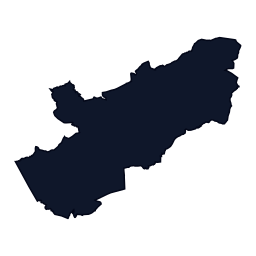 outline of Livezi, Bacau, Romania
{"feature_id": "2599482B64810477676491", "entity_name": "Livezi", "entity_type": "district", "adm_level": 2, "iso_a3": "ROU", "parent_name": "Romania", "parent_adm1": "Bacau", "projection": "equal_earth", "projection_center": [26.736, 46.405], "detail": "fine", "context": "isolated", "style": "filled", "palette": "ink", "viewbox_px": 256, "rotation_deg": 0, "n_neighbors": 0, "source": "geoboundaries", "source_scale": "gbopen_adm2", "svg_char_len": 5649}
<svg xmlns="http://www.w3.org/2000/svg" viewBox="0 0 256 256"><path d="M237.7,77.9L231.6,73.4L226.6,70.6L225.2,70.3L227.1,69.0L228.4,68.5L232.6,68.5L233.6,68.0L233.8,63.3L232.2,60.5L234.8,59.5L237.1,58.1L237.5,57.0L237.6,54.2L238.0,53.8L238.5,52.6L238.5,50.8L240.0,47.7L240.6,46.1L240.6,45.4L237.2,42.6L236.4,41.8L235.9,40.9L235.7,40.1L235.0,39.8L219.6,37.6L216.6,38.4L215.9,38.4L210.7,40.6L209.7,40.3L206.6,40.4L201.6,39.4L198.3,40.6L195.6,43.2L194.6,43.7L193.9,45.4L192.7,47.4L192.5,48.6L191.5,51.2L189.1,51.2L188.7,51.5L188.0,52.4L187.5,52.6L187.0,52.3L185.9,53.2L185.1,53.0L184.0,53.7L182.5,54.1L178.8,58.5L178.3,59.4L176.4,60.9L174.7,61.2L172.9,62.2L172.2,62.4L171.0,63.5L168.6,64.4L166.7,64.9L165.1,66.4L163.4,66.3L163.4,65.8L162.6,65.3L160.8,66.1L161.0,65.8L160.2,65.8L156.5,67.8L156.7,68.2L154.9,69.1L155.2,69.8L154.3,69.8L154.2,69.4L150.4,68.0L149.1,64.5L149.1,63.0L148.2,61.4L143.9,63.2L142.1,64.3L141.9,64.6L142.3,64.9L140.1,66.6L137.9,69.2L138.0,69.7L136.9,69.9L135.5,71.2L136.5,73.4L136.3,74.1L135.8,74.8L135.0,74.8L134.6,74.5L134.2,73.8L133.7,73.6L131.5,73.1L131.0,73.3L130.8,73.9L131.4,79.4L131.1,80.5L131.4,81.2L128.4,82.9L126.6,83.4L126.7,83.6L117.2,88.5L114.5,89.6L111.4,90.3L106.2,92.0L102.5,92.6L102.5,94.8L102.8,95.7L103.5,96.7L105.6,97.6L106.1,98.6L106.2,99.7L102.0,98.8L100.9,97.1L97.9,98.2L96.7,98.1L96.7,98.4L96.6,98.5L96.0,98.3L94.6,97.2L94.0,97.2L93.0,99.0L84.0,101.1L83.1,98.9L82.0,98.1L81.6,98.1L81.6,97.9L79.9,96.0L79.3,96.3L78.8,96.2L78.7,95.9L79.0,95.3L79.4,95.2L80.2,94.5L79.3,93.9L78.9,94.2L78.3,94.1L77.8,92.5L77.3,92.0L76.3,91.7L75.5,92.3L75.0,90.1L73.3,89.6L73.4,89.1L74.2,87.9L74.2,86.9L73.7,86.5L73.5,85.9L73.9,85.5L73.3,84.9L72.4,84.8L69.8,82.5L69.6,81.5L68.0,83.3L65.1,84.3L65.0,85.6L64.5,85.4L62.5,85.8L61.6,86.3L60.2,86.2L59.8,86.8L59.1,87.0L58.6,87.3L58.4,87.8L57.8,87.9L57.7,87.9L57.5,87.2L57.1,87.0L56.2,87.6L53.8,88.4L53.0,89.6L52.7,89.7L50.2,89.1L51.6,91.1L52.4,91.1L52.5,91.4L53.3,92.0L53.0,92.6L52.4,93.2L51.8,94.6L52.2,95.5L52.3,97.0L52.8,98.0L53.7,98.9L54.5,99.3L54.6,99.5L54.3,100.2L54.7,100.7L57.2,102.0L56.5,103.4L56.5,104.1L56.9,105.4L57.2,106.9L57.8,107.5L56.6,109.5L54.5,110.9L53.7,112.2L54.2,113.9L55.0,115.7L58.0,118.6L64.1,122.7L66.0,122.8L72.4,122.4L72.8,122.8L72.4,123.1L72.6,123.7L71.9,124.2L71.8,124.4L72.0,124.7L73.0,124.7L73.0,125.1L73.3,125.1L74.0,125.0L74.3,125.9L76.6,126.0L76.7,126.7L78.1,126.8L78.2,127.7L78.6,128.2L79.0,131.0L79.6,132.5L78.0,133.2L76.1,133.4L72.3,136.5L68.8,138.6L66.6,137.9L64.8,137.1L64.5,136.7L64.2,137.7L63.7,137.8L63.4,138.4L61.5,142.9L60.7,143.3L59.0,144.8L58.3,146.4L55.3,149.0L53.7,150.2L52.5,150.0L51.3,150.2L49.3,151.5L47.1,152.0L46.4,151.4L45.6,151.0L44.1,151.0L42.4,150.4L39.5,149.8L38.8,149.4L38.7,148.5L38.2,147.8L37.9,147.5L37.6,147.6L36.9,146.8L35.8,146.7L35.4,148.1L35.5,151.4L33.5,154.4L33.0,155.0L31.9,155.5L31.9,156.0L31.5,155.8L30.8,156.6L29.9,156.5L29.7,157.3L29.0,157.6L27.0,157.3L25.3,157.7L25.2,158.3L24.8,158.4L23.8,158.4L23.2,158.8L22.7,158.7L22.3,158.4L21.8,158.5L20.7,159.5L20.8,159.8L20.1,160.0L19.7,161.0L18.6,160.8L18.1,161.3L16.9,161.3L16.3,161.6L15.4,161.6L29.0,186.6L37.4,201.1L38.6,200.3L39.7,200.7L40.1,200.2L41.3,200.5L41.0,201.9L41.2,202.5L43.6,203.0L43.7,203.6L46.2,204.8L45.9,205.2L46.2,206.1L45.3,206.7L45.3,207.1L45.1,207.8L45.7,208.8L46.3,209.3L47.5,209.0L48.9,209.1L50.5,208.6L51.1,209.4L51.0,209.8L51.5,209.9L51.4,210.7L52.2,210.8L52.7,211.5L53.4,211.4L53.5,212.6L54.9,214.3L61.5,215.8L67.9,218.4L68.2,218.1L68.8,216.1L69.5,215.3L69.7,214.0L70.4,212.9L71.5,212.3L72.3,211.4L72.5,211.4L72.8,210.5L73.8,209.6L74.1,210.5L73.8,212.0L73.6,212.0L73.7,212.4L73.2,212.4L73.3,212.6L72.7,213.1L72.7,213.3L73.3,213.8L74.1,216.2L74.7,217.3L75.2,217.3L75.7,216.7L76.1,216.1L76.0,215.2L76.5,215.2L76.7,214.5L77.1,214.0L77.7,214.4L81.2,214.6L81.5,215.0L82.4,215.2L82.3,214.6L88.5,214.2L89.7,213.8L91.7,212.9L94.7,210.6L95.2,210.6L95.2,209.8L96.6,208.4L97.4,207.3L101.1,204.0L100.9,203.0L100.5,202.3L99.9,201.9L96.5,201.1L95.0,200.1L106.9,194.3L110.7,192.7L124.7,188.9L124.2,176.5L124.3,175.8L123.8,170.4L123.8,168.2L127.7,167.2L128.7,167.3L129.0,167.2L129.5,166.4L131.0,165.9L133.7,165.6L135.0,166.0L137.9,166.0L140.8,165.6L142.2,166.4L143.6,168.4L144.6,168.7L144.8,168.3L145.1,168.3L145.4,167.8L145.6,167.9L145.6,168.4L146.6,168.8L147.3,168.8L147.7,168.4L148.0,168.6L148.8,167.2L148.5,166.0L149.9,165.8L152.2,164.7L153.2,164.8L153.2,164.5L154.4,164.2L154.7,163.4L155.0,163.4L155.3,162.5L155.3,161.8L156.9,162.3L160.5,161.9L160.6,157.3L160.4,156.3L161.5,156.4L161.4,154.8L161.8,154.3L162.0,153.4L162.8,154.1L163.7,153.7L164.1,153.8L164.2,153.6L164.8,150.9L165.2,150.4L165.5,149.2L167.2,148.6L169.0,147.5L170.4,145.9L170.6,146.2L172.2,143.8L174.1,139.9L175.4,138.3L175.4,137.9L175.8,137.6L176.3,137.7L177.5,136.7L180.0,135.7L180.8,135.0L183.0,134.1L183.5,134.2L183.7,133.9L185.1,133.0L185.4,130.9L185.0,129.9L185.8,129.2L186.5,129.2L188.2,130.2L190.9,130.1L195.6,128.7L197.0,127.2L197.9,128.0L198.3,127.2L198.6,127.1L199.1,127.4L200.9,126.1L200.2,125.7L202.0,124.6L203.1,123.5L204.2,123.2L205.7,122.1L207.5,122.2L208.3,122.5L209.3,122.0L209.9,120.8L211.7,119.7L213.7,120.2L214.6,120.9L217.3,121.4L218.5,122.5L220.1,123.1L220.8,123.0L223.0,123.9L223.4,123.6L224.2,123.8L224.6,123.6L224.8,122.9L225.3,122.7L225.8,121.9L226.2,121.7L226.6,120.9L227.4,120.1L228.0,115.9L229.3,112.2L229.7,109.0L230.6,106.9L231.5,105.9L231.1,105.3L230.7,102.9L230.1,101.2L229.9,99.6L230.1,97.9L231.1,96.8L231.6,95.4L231.7,94.7L231.3,93.9L231.4,93.3L233.6,91.1L235.6,89.8L236.2,89.3L236.5,88.6L237.2,88.4L237.1,87.3L238.9,86.8L238.9,86.3L238.3,86.1L237.2,84.8L236.2,82.6L237.0,79.6L237.7,77.9Z" fill="#0f172a" stroke="#020617" stroke-width="1.5"/></svg>